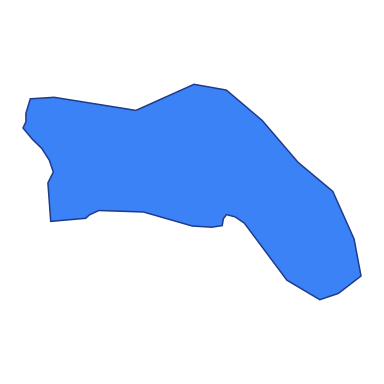 the Municipality of Šmartno in Litiji
{"feature_id": "SVN-5885", "entity_name": "Šmartno in Litiji", "entity_type": "Municipality", "adm_level": 1, "iso_a3": "SVN", "parent_name": "Slovenia", "parent_adm1": "", "projection": "equal_earth", "projection_center": [14.824, 46.018], "detail": "fine", "context": "isolated", "style": "filled", "palette": "blue", "viewbox_px": 384, "rotation_deg": 0, "n_neighbors": 0, "source": "natural_earth", "source_scale": "10m", "svg_char_len": 521}
<svg xmlns="http://www.w3.org/2000/svg" viewBox="0 0 384 384"><path d="M50.7,221.4L47.9,182.9L53.3,172.1L49.3,160.2L41.8,148.5L32.4,139.3L23.0,128.0L25.9,121.8L25.9,113.4L30.3,98.8L54.1,97.3L135.8,110.4L194.0,84.3L226.4,90.1L262.2,120.5L298.1,162.4L332.8,191.4L354.1,239.1L361.0,276.0L338.4,293.4L319.8,299.7L286.9,280.2L244.3,223.1L235.2,216.9L226.5,214.6L223.4,218.7L222.2,225.6L211.7,227.2L192.2,226.0L143.5,212.0L98.8,210.5L89.4,214.9L85.7,218.3L50.7,221.4Z" fill="#3b82f6" stroke="#1e3a8a" stroke-width="1.5"/></svg>